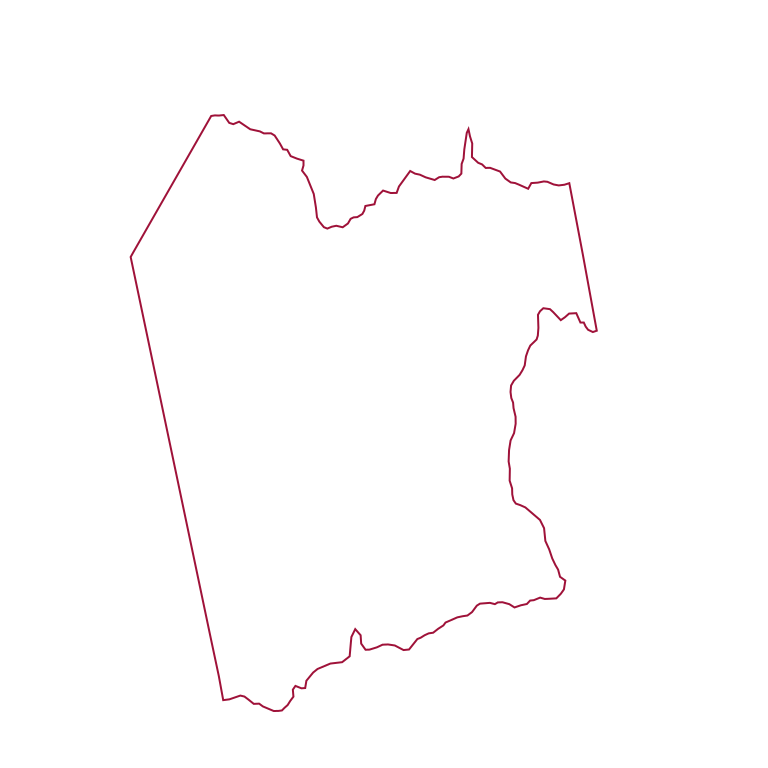 the district of Sapucaia, Pará, Brazil, rotated 348°
{"feature_id": "56859067B89433863096601", "entity_name": "Sapucaia", "entity_type": "district", "adm_level": 2, "iso_a3": "BRA", "parent_name": "Brazil", "parent_adm1": "Pará", "projection": "equal_earth", "projection_center": [-49.504, -6.834], "detail": "fine", "context": "isolated", "style": "outline", "palette": "rose", "viewbox_px": 768, "rotation_deg": 348, "n_neighbors": 0, "source": "geoboundaries", "source_scale": "gbopen_adm2", "svg_char_len": 2667}
<svg xmlns="http://www.w3.org/2000/svg" viewBox="0 0 768 768"><g transform="rotate(348 384 384)"><path d="M162.6,207.1L161.7,593.9L161.7,605.2L161.7,635.4L161.0,659.8L167.2,660.3L178.7,658.9L182.5,660.7L185.8,664.5L190.1,669.8L195.4,670.7L198.5,674.2L208.1,680.9L212.5,681.8L216.3,682.1L219.3,680.1L223.0,678.0L226.4,674.5L230.4,671.0L231.3,664.0L234.6,660.9L240.0,664.5L243.7,665.0L246.4,658.1L254.7,651.5L259.8,648.9L273.4,646.3L285.2,647.4L293.8,643.2L297.5,631.1L299.5,624.7L304.9,617.8L308.9,624.9L307.7,633.2L310.7,640.1L314.6,640.8L322.3,640.1L328.4,638.7L333.8,639.6L340.2,642.0L347.8,648.3L353.3,648.9L363.6,640.4L367.1,639.8L371.5,638.2L375.9,637.2L380.4,637.5L386.1,634.7L391.9,632.5L394.6,630.1L407.2,627.5L412.6,627.5L417.5,627.8L422.7,625.4L428.7,620.1L432.2,618.8L442.1,620.1L446.7,622.4L449.9,621.3L454.5,622.1L460.8,625.4L465.2,629.7L471.9,628.9L478.0,628.9L481.9,626.2L485.6,626.6L492.3,625.4L496.6,627.7L501.4,628.5L508.0,629.5L513.4,625.9L517.3,622.3L520.5,614.0L516.1,609.2L515.7,601.8L514.0,596.7L512.3,589.6L511.2,580.1L509.2,571.1L510.6,558.3L508.3,549.4L496.6,534.1L492.1,530.8L488.1,528.4L486.5,524.6L486.5,518.7L487.6,512.7L486.8,504.7L489.5,493.0L489.8,485.7L492.6,474.6L496.1,465.5L501.0,459.1L504.5,450.3L505.9,443.4L505.7,434.5L506.4,429.0L505.6,424.2L506.1,418.1L508.0,411.9L511.7,407.8L518.5,403.3L522.3,399.3L525.5,395.1L528.6,386.5L531.9,381.0L535.1,376.8L542.5,372.2L544.5,368.7L546.7,361.2L549.0,348.3L551.7,345.3L555.6,343.0L561.9,345.3L564.4,348.8L570.2,358.3L574.9,356.3L579.7,353.6L586.8,354.7L588.9,364.7L592.2,365.4L593.2,369.8L594.9,373.4L599.1,376.6L603.2,376.1L605.4,298.9L607.0,226.1L601.9,226.6L596.2,226.1L591.4,224.1L585.9,220.2L582.5,219.1L576.2,219.0L569.9,218.1L565.6,223.0L557.5,217.1L554.0,214.7L549.9,213.2L545.4,208.3L541.7,200.3L532.7,194.6L528.4,193.8L525.6,189.6L522.1,187.2L517.2,180.3L520.3,167.1L519.6,159.7L519.6,152.3L517.2,155.5L511.3,171.3L508.7,180.1L505.7,184.9L503.4,194.3L500.2,196.5L494.6,197.4L490.6,194.8L484.4,193.4L480.9,193.2L476.0,195.0L467.7,190.5L462.6,186.7L458.1,184.7L453.9,181.1L439.7,193.9L436.1,199.7L430.3,198.6L423.3,194.6L417.3,198.4L414.5,201.4L412.0,206.2L402.8,206.0L400.7,210.3L398.2,213.2L392.6,215.2L388.9,214.7L385.7,215.5L382.1,219.5L376.2,222.1L370.2,219.3L365.5,219.3L360.9,220.2L357.8,218.1L354.5,211.7L353.1,207.1L354.1,197.2L354.8,183.5L351.6,165.4L348.2,158.2L350.7,153.5L351.7,148.8L345.8,145.5L340.1,141.7L338.0,134.8L334.1,133.5L332.2,127.2L328.7,118.2L325.6,115.3L318.6,113.9L315.1,111.1L306.1,107.0L296.8,97.3L290.6,98.5L286.9,96.4L283.2,87.6L278.3,87.1L274.4,86.1L270.7,85.9L166.1,203.1L162.6,207.1Z" fill="none" stroke="#9f1239" stroke-width="2"/></g></svg>